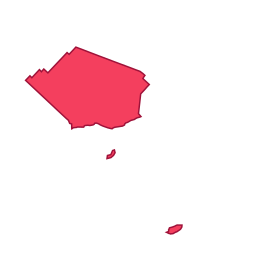 Ventura, California, United States of America, rotated 313°
{"feature_id": "52423323B91201263130085", "entity_name": "Ventura", "entity_type": "district", "adm_level": 2, "iso_a3": "USA", "parent_name": "United States of America", "parent_adm1": "California", "projection": "albers", "projection_center": [-119.205, 34.058], "detail": "fine", "context": "isolated", "style": "filled", "palette": "rose", "viewbox_px": 256, "rotation_deg": 313, "n_neighbors": 0, "source": "geoboundaries", "source_scale": "gbopen_adm2", "svg_char_len": 1410}
<svg xmlns="http://www.w3.org/2000/svg" viewBox="0 0 256 256"><g transform="rotate(313 128 128)"><path d="M89.1,87.4L89.6,87.6L90.9,87.8L93.5,90.1L94.0,90.2L94.4,90.5L98.3,94.9L98.5,95.0L99.8,94.6L100.4,94.8L102.6,96.7L103.8,98.4L106.4,100.3L107.6,100.7L108.7,100.4L110.0,101.5L110.5,102.5L110.9,103.3L111.4,105.6L112.3,108.3L114.4,113.1L115.4,114.9L115.6,115.3L116.6,116.9L117.1,117.0L118.0,117.1L119.5,117.8L125.7,122.7L127.8,123.4L129.0,122.8L130.1,122.9L132.0,123.9L132.7,124.1L135.4,124.9L138.9,127.0L139.7,127.0L141.8,127.8L144.2,129.3L145.2,129.7L145.6,125.9L154.5,119.3L161.6,114.0L168.5,114.0L170.6,113.9L171.6,113.9L174.3,113.9L174.3,109.9L174.3,107.7L174.3,105.2L176.2,104.7L176.4,104.7L178.0,104.5L178.0,101.7L177.9,101.0L177.6,98.1L175.9,94.1L174.0,89.4L171.6,83.6L168.4,75.9L166.7,71.8L160.6,56.9L151.6,34.7L141.7,34.7L141.6,32.0L113.7,31.8L113.7,26.2L110.1,26.3L110.3,23.4L99.2,23.4L99.3,20.7L93.0,20.6L92.9,64.0L92.9,76.3L93.0,79.2L91.6,82.2L92.5,84.0L89.1,87.4ZM78.0,227.3L78.8,229.9L79.3,230.6L79.4,230.9L79.4,231.2L81.5,233.0L84.5,233.9L85.1,234.4L86.3,234.7L88.9,235.3L90.1,235.4L92.3,234.9L93.8,233.7L90.8,230.4L90.0,229.8L88.2,229.2L85.8,228.0L83.4,226.5L82.9,226.5L81.7,227.1L81.3,227.1L80.5,227.9L79.8,228.2L78.0,227.3ZM93.9,131.7L91.3,133.5L94.7,135.7L98.1,136.1L101.1,135.4L102.7,133.0L101.0,132.1L96.8,133.6L93.9,131.7Z" fill="#f43f5e" stroke="#9f1239" stroke-width="1.5"/></g></svg>